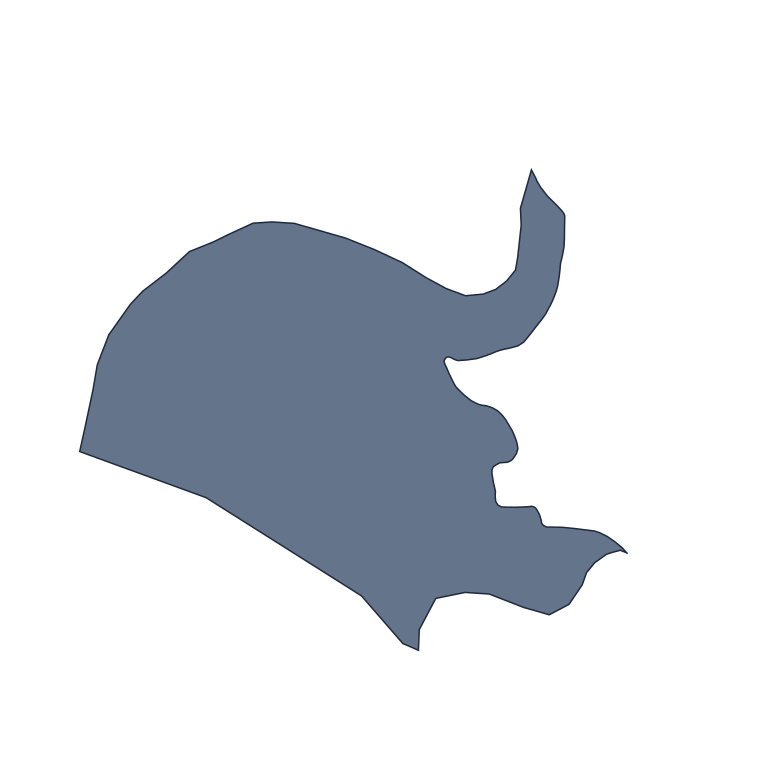 outline of Monchy/Ravine Macock, Dauphin, Saint Lucia, rotated 196°
{"feature_id": "8701671B74804511892204", "entity_name": "Monchy/Ravine Macock", "entity_type": "district", "adm_level": 2, "iso_a3": "LCA", "parent_name": "Saint Lucia", "parent_adm1": "Dauphin", "projection": "natural_earth1", "projection_center": [-60.927, 14.048], "detail": "fine", "context": "isolated", "style": "filled", "palette": "slate", "viewbox_px": 768, "rotation_deg": 196, "n_neighbors": 0, "source": "geoboundaries", "source_scale": "gbopen_adm2", "svg_char_len": 2199}
<svg xmlns="http://www.w3.org/2000/svg" viewBox="0 0 768 768"><g transform="rotate(196 384 384)"><path d="M103.1,288.0L109.7,292.1L118.6,296.0L127.5,299.0L135.7,300.5L141.2,300.7L161.6,297.5L173.1,295.4L184.1,292.5L188.3,291.3L191.7,291.9L194.1,293.6L195.6,296.8L198.6,301.4L201.4,304.2L202.9,305.7L205.2,307.1L208.3,307.2L211.7,305.7L222.9,302.0L232.0,299.5L237.2,298.2L241.1,299.0L244.1,301.7L245.2,304.3L246.2,306.9L247.3,311.5L248.4,313.6L251.3,318.8L253.2,322.7L255.6,327.8L256.5,331.2L256.2,334.5L253.7,337.4L250.9,340.2L247.8,341.3L243.8,342.8L240.8,345.4L239.6,347.2L238.4,350.7L237.5,353.6L237.5,358.8L238.9,361.9L241.0,365.7L244.5,370.4L248.0,374.6L252.6,378.9L257.3,383.3L259.7,385.1L263.5,387.6L267.5,389.6L273.3,391.0L276.6,391.2L279.6,391.3L284.0,390.6L287.5,390.5L291.0,391.0L295.6,392.0L300.7,394.1L304.2,395.6L309.6,398.5L313.5,400.7L316.4,403.2L319.6,406.7L324.2,411.8L328.4,417.0L331.1,420.0L332.5,422.4L332.4,424.6L331.5,426.5L330.4,427.5L328.5,428.0L326.6,427.8L324.5,427.3L321.9,426.9L319.4,426.9L311.1,429.9L301.8,434.0L293.4,439.6L288.9,443.0L285.1,446.1L281.3,448.7L277.6,450.8L273.2,453.1L268.8,455.7L265.6,457.7L262.7,461.1L261.2,462.8L259.9,465.7L256.4,474.0L253.6,481.2L250.5,488.5L248.0,495.6L246.9,500.6L245.7,506.1L245.0,510.3L244.4,515.2L244.0,521.2L244.1,526.5L245.3,536.2L246.2,541.6L247.1,546.1L247.6,549.2L247.7,553.2L248.2,560.2L248.8,565.5L250.4,572.5L252.5,580.2L256.6,595.4L258.1,597.5L260.9,599.6L266.3,602.9L278.0,609.3L281.2,611.5L284.0,613.6L287.5,616.1L293.3,621.6L294.1,622.9L301.3,630.5L301.3,620.9L301.3,611.3L301.3,603.3L301.3,590.5L295.9,574.5L290.4,542.5L289.0,529.7L294.5,516.9L302.7,505.7L313.6,497.7L330.0,491.3L350.5,492.9L372.4,497.7L399.7,505.7L429.8,510.5L461.2,513.7L494.0,513.7L514.5,513.7L536.4,508.9L554.2,502.5L574.7,484.9L587.0,473.7L607.5,457.7L623.9,430.6L641.6,406.6L649.8,390.6L662.1,355.4L664.9,323.4L662.1,297.8L659.4,259.4L657.9,235.2L523.7,225.7L347.2,174.1L294.3,139.7L277.5,137.5L282.4,157.7L275.1,192.2L248.6,206.0L225.0,211.1L188.2,207.7L161.6,207.7L145.4,223.2L138.1,245.6L137.3,258.5L132.3,270.1L123.3,281.6L117.6,285.4L111.0,289.3L104.3,288.6L103.1,288.0Z" fill="#64748b" stroke="#1e293b" stroke-width="1.5"/></g></svg>